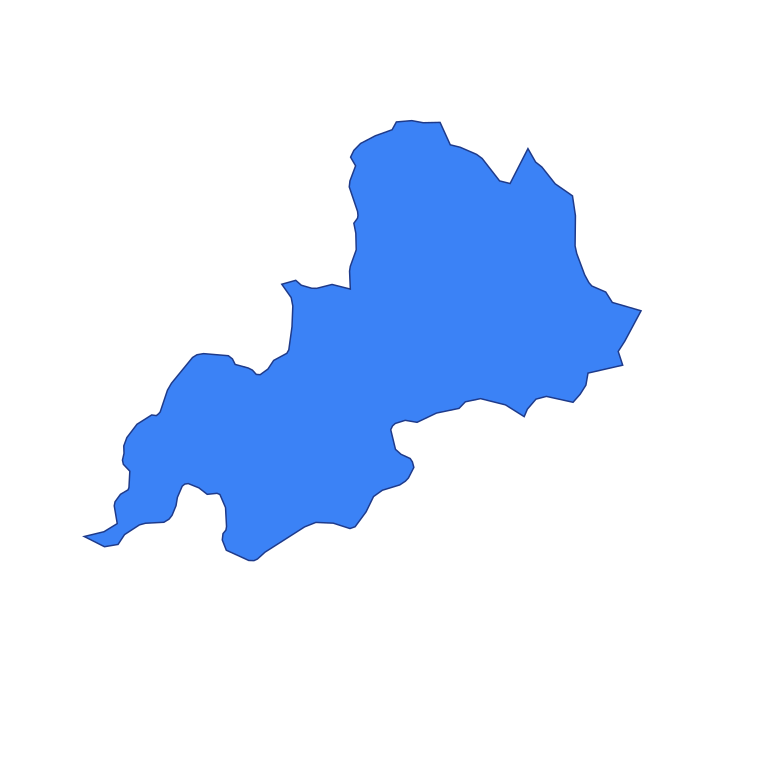 an SVG outline of Wangdi Phodrang, rotated 208°
{"feature_id": "BTN-2487", "entity_name": "Wangdi Phodrang", "entity_type": "District", "adm_level": 1, "iso_a3": "BTN", "parent_name": "Bhutan", "parent_adm1": "", "projection": "albers", "projection_center": [90.204, 27.588], "detail": "medium", "context": "isolated", "style": "filled", "palette": "blue", "viewbox_px": 768, "rotation_deg": 208, "n_neighbors": 0, "source": "natural_earth", "source_scale": "10m", "svg_char_len": 1971}
<svg xmlns="http://www.w3.org/2000/svg" viewBox="0 0 768 768"><g transform="rotate(208 384 384)"><path d="M410.0,630.2L403.2,629.2L377.3,617.6L366.8,620.2L367.4,659.4L354.3,651.1L346.5,649.7L326.8,641.1L305.9,638.6L294.0,622.5L280.1,595.6L275.1,589.7L258.1,574.6L250.7,569.7L246.5,568.1L231.4,569.3L220.7,563.2L191.4,569.3L191.5,534.8L192.5,522.7L182.1,512.7L209.0,489.4L205.2,477.8L206.0,467.1L208.5,456.6L234.8,449.3L242.7,442.0L245.6,429.1L244.9,421.0L267.0,422.6L291.9,416.4L303.8,406.5L306.3,397.7L324.0,383.0L336.8,365.7L348.2,361.9L355.5,354.5L356.8,351.0L356.6,346.8L343.2,331.7L336.0,329.9L325.9,330.5L322.4,328.6L318.5,324.4L318.3,312.5L319.5,308.2L322.7,302.3L335.6,289.4L340.4,279.7L339.8,262.7L342.5,244.4L346.2,240.4L363.5,237.3L379.2,229.8L387.0,220.6L410.1,179.7L413.6,170.0L415.9,167.0L420.6,164.7L445.2,163.2L453.6,170.4L455.9,176.3L455.0,180.8L456.1,184.2L465.9,200.5L477.0,209.4L480.1,209.1L488.3,203.6L498.7,205.4L510.1,204.2L512.9,202.1L514.2,199.1L513.2,186.9L510.5,178.9L509.5,168.6L510.3,163.9L513.4,158.6L529.2,149.1L533.8,144.8L542.4,129.2L543.5,117.5L554.4,109.1L577.1,108.6L561.9,122.1L554.0,135.5L565.0,149.8L566.2,153.8L564.9,162.9L560.3,170.4L560.6,172.9L567.5,187.7L576.4,190.7L579.2,194.0L581.0,200.7L584.7,207.2L585.9,216.0L583.2,232.5L574.6,247.6L570.2,249.2L569.0,252.0L568.5,254.3L572.3,276.9L572.0,284.9L565.5,317.5L562.9,322.0L557.6,326.1L534.7,335.9L529.6,335.0L524.6,331.4L511.4,334.4L506.7,334.5L501.3,332.5L497.7,334.1L493.5,342.7L492.5,353.0L484.2,365.5L484.1,369.5L492.1,391.3L501.1,410.0L506.5,416.7L521.1,424.1L510.6,434.1L503.4,432.4L492.8,434.6L488.3,436.9L476.6,447.5L458.3,452.0L467.4,467.5L469.0,472.1L471.5,489.4L479.6,503.8L486.1,511.8L485.2,518.0L486.1,520.6L488.3,523.9L507.2,541.7L509.4,547.3L511.5,563.3L520.0,568.6L520.3,576.1L517.6,585.4L508.2,599.1L496.2,612.3L496.1,621.2L483.1,629.6L472.0,633.1L457.3,641.3L437.8,626.3L427.9,628.8L410.0,630.2Z" fill="#3b82f6" stroke="#1e3a8a" stroke-width="1.5"/></g></svg>